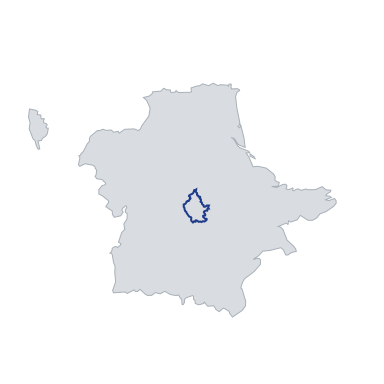 location of Cher within France, rotated 161°
{"feature_id": "FRA-5279", "entity_name": "Cher", "entity_type": "Metropolitan department", "adm_level": 1, "iso_a3": "FRA", "parent_name": "France", "parent_adm1": "", "projection": "mercator", "projection_center": [2.504, 47.022], "detail": "fine", "context": "in_parent", "style": "outline", "palette": "blue", "viewbox_px": 384, "rotation_deg": 161, "n_neighbors": 0, "source": "natural_earth", "source_scale": "10m", "svg_char_len": 6584}
<svg xmlns="http://www.w3.org/2000/svg" viewBox="0 0 384 384"><g transform="rotate(161 192 192)"><path d="M289.4,160.9L287.1,162.2L285.7,164.7L284.3,165.3L281.7,165.3L280.4,163.8L277.3,164.8L276.0,166.4L277.9,168.4L271.7,176.5L267.7,178.6L266.9,183.9L262.2,187.8L260.5,192.0L260.4,192.8L261.5,194.1L261.0,196.8L258.7,198.5L258.7,200.3L259.4,200.5L263.0,199.1L264.3,197.5L263.6,195.4L267.2,192.7L273.7,193.4L274.5,196.9L273.6,199.9L278.3,206.3L274.2,209.3L274.0,211.3L278.1,217.7L280.7,220.3L279.3,224.6L274.9,227.3L272.1,227.1L270.9,227.8L271.1,229.1L273.0,233.0L277.7,235.5L278.5,238.4L277.1,239.4L275.0,243.8L275.9,245.9L275.5,246.9L276.0,248.3L277.3,249.8L283.8,253.5L289.8,252.8L290.5,254.9L286.9,260.6L287.1,263.1L285.2,263.1L284.9,264.0L281.3,265.9L275.4,271.6L272.6,273.2L271.5,276.1L269.9,277.7L261.4,280.9L259.8,280.2L255.7,280.3L253.1,278.2L248.2,276.9L246.6,274.0L242.0,273.4L241.7,271.4L235.2,273.2L226.1,270.5L222.9,267.6L220.3,268.3L217.9,271.0L208.1,277.8L204.3,284.9L205.0,293.2L207.2,297.2L201.3,296.6L197.7,297.8L196.8,299.5L188.4,297.5L185.3,299.2L184.4,299.0L183.3,297.3L179.2,295.4L179.8,294.0L179.2,292.8L175.4,291.9L174.0,293.0L172.5,290.6L161.6,286.9L159.8,287.0L159.1,290.7L152.1,290.6L151.1,289.9L146.6,290.7L141.8,287.2L136.4,287.9L133.1,284.3L129.9,284.1L125.4,282.2L123.4,281.3L123.1,280.2L121.8,281.8L120.1,281.5L119.8,281.0L120.8,279.0L121.1,276.6L115.4,274.9L113.9,273.2L113.9,272.4L116.9,271.6L119.7,268.3L122.3,256.5L124.1,242.5L125.5,239.8L127.3,239.1L125.9,237.1L124.1,239.7L125.2,226.7L127.2,216.8L132.0,220.9L133.1,222.6L134.5,228.5L137.1,230.9L135.4,228.5L133.7,220.7L132.6,218.5L125.1,212.0L124.8,210.5L128.1,211.3L126.8,206.3L126.0,195.9L121.4,194.9L114.0,190.4L109.0,182.4L108.4,179.4L109.7,176.2L108.5,174.2L106.4,172.8L108.0,170.0L109.6,169.7L114.9,171.3L110.5,168.7L103.5,169.6L100.7,168.7L100.2,166.8L102.1,164.3L99.7,162.7L95.7,163.1L95.2,162.5L96.4,160.7L95.4,160.0L92.1,160.7L90.2,160.1L88.5,158.1L83.1,157.7L82.0,156.5L74.6,154.1L67.0,154.6L64.8,150.5L60.1,148.5L61.0,147.2L65.7,146.0L66.6,144.9L63.2,143.2L62.0,141.5L68.3,141.1L65.4,139.3L59.4,139.5L58.6,137.0L59.3,134.5L62.9,132.2L71.7,129.8L78.1,129.7L82.6,126.8L87.1,126.0L91.4,127.4L97.2,134.6L101.7,131.4L108.6,131.5L110.0,133.3L111.8,130.1L113.3,131.9L121.7,131.3L119.8,130.1L118.2,127.0L117.8,115.7L113.5,107.5L112.5,104.5L112.7,101.9L117.7,102.4L121.9,101.2L123.9,102.0L124.4,107.4L126.1,110.4L137.6,111.4L144.3,113.0L149.9,110.0L155.1,108.7L155.5,108.0L152.5,108.3L149.8,107.0L149.4,105.6L150.8,101.4L158.8,96.7L170.6,92.8L173.6,90.2L177.1,85.4L176.3,84.2L176.8,71.2L178.5,66.9L183.0,63.7L194.4,60.6L195.9,64.8L195.8,67.1L198.8,70.8L200.3,72.0L205.3,70.0L207.7,73.4L208.4,77.3L214.4,78.9L216.2,83.9L217.2,82.8L221.0,83.0L222.8,83.4L225.2,85.6L224.5,88.6L225.5,90.0L224.5,92.8L225.2,93.9L232.1,93.9L234.2,92.7L235.1,90.0L237.2,88.3L238.0,88.8L236.7,93.9L237.6,95.3L238.1,98.9L240.7,99.2L245.8,102.1L250.0,106.9L255.3,106.1L259.4,108.8L263.8,107.4L267.8,108.8L269.2,110.2L272.9,116.9L275.9,115.6L277.9,116.4L278.6,118.3L286.3,117.2L287.7,119.0L289.3,119.7L299.0,122.2L299.1,124.7L293.5,131.8L291.0,141.8L289.4,145.3L288.8,147.8L289.2,149.6L288.9,152.3L287.8,158.7L288.4,160.6L289.4,160.9ZM324.1,287.7L323.6,291.5L325.0,294.1L325.4,304.8L322.6,309.9L322.2,316.1L318.6,323.4L313.2,320.2L311.6,318.4L313.1,315.6L309.9,314.0L310.7,311.3L310.3,309.9L308.1,309.8L308.0,309.1L309.6,307.0L309.6,305.7L307.5,304.0L307.1,302.6L309.1,300.9L308.2,299.4L307.1,299.1L309.8,294.2L311.7,292.7L316.0,291.4L317.7,289.6L320.5,290.5L321.0,290.1L321.9,282.3L322.9,282.2L323.8,283.3L324.1,287.7ZM125.4,206.9L124.7,209.2L121.8,205.2L121.5,203.0L125.4,206.9Z" fill="#d9dde1" stroke="#a8b0b8" stroke-width="1"/><path d="M182.5,174.4L180.8,173.9L180.4,173.7L181.4,172.7L181.7,172.0L181.6,171.2L181.9,171.4L182.3,171.4L182.6,171.3L182.9,171.1L183.0,171.0L183.0,170.8L183.0,170.5L183.0,170.2L183.6,169.5L183.7,169.4L184.7,169.8L185.6,169.9L186.5,169.8L187.2,169.4L187.4,169.1L187.4,168.8L186.9,167.4L186.8,166.9L186.8,166.5L186.9,166.1L187.0,165.8L187.2,165.6L187.5,165.5L188.7,165.9L189.2,165.9L189.5,165.2L189.5,164.7L189.4,164.3L189.2,164.0L188.8,163.4L188.4,162.4L188.1,162.1L187.3,162.1L187.0,161.9L187.1,161.1L187.7,160.6L189.1,160.2L189.7,160.1L190.1,160.1L191.1,160.8L191.6,160.9L192.6,160.5L192.9,160.5L193.8,161.4L194.2,161.5L195.2,161.5L195.5,161.7L196.3,163.0L197.0,163.7L197.3,163.9L197.8,163.9L198.0,163.5L198.2,163.0L198.3,162.8L198.7,162.8L199.3,163.4L199.5,163.6L199.9,163.5L200.6,163.1L201.0,162.9L201.1,163.1L201.3,163.5L201.5,164.0L201.9,164.6L202.0,164.8L202.0,165.1L201.9,165.9L201.9,166.0L201.7,166.3L201.7,166.5L201.4,167.1L201.2,167.4L201.0,167.8L201.0,168.0L201.1,168.4L201.2,168.5L201.3,168.6L201.5,168.7L201.7,168.8L201.8,168.9L202.3,169.5L202.7,169.8L202.8,169.9L202.9,170.1L202.9,170.3L203.1,171.3L203.3,171.7L203.5,172.5L203.8,173.3L203.9,173.9L203.9,174.1L203.9,174.3L203.9,174.7L203.9,174.9L203.9,175.2L204.0,175.3L204.4,175.8L204.5,175.8L204.6,176.0L204.6,176.5L204.6,177.2L204.7,177.5L204.7,177.9L204.7,178.2L204.5,178.9L204.3,179.3L204.3,179.5L204.4,179.8L204.6,180.4L204.6,180.5L204.7,180.8L204.6,181.0L204.0,182.1L204.0,182.3L203.9,182.4L203.9,182.9L203.3,183.0L202.8,182.9L202.0,183.1L200.8,183.9L200.7,184.0L200.6,184.3L200.5,184.5L200.3,184.7L200.1,184.7L199.9,184.6L199.7,184.6L199.2,185.0L198.4,184.8L198.3,184.6L198.1,184.5L197.7,184.9L197.2,185.4L196.8,185.7L196.4,185.7L196.2,185.8L196.3,186.3L196.2,186.5L195.6,186.5L195.4,186.6L195.4,186.8L195.5,186.9L195.7,187.2L195.7,187.3L195.6,187.7L195.5,187.9L195.6,188.1L195.7,188.3L196.0,188.6L196.1,188.8L196.2,189.1L196.2,189.3L196.1,189.5L194.5,190.0L193.7,190.0L193.1,190.2L192.8,190.1L192.5,190.2L192.1,190.2L191.0,190.8L190.7,191.3L190.5,191.5L190.4,191.6L190.2,191.6L190.0,191.8L189.9,192.2L189.4,193.0L187.5,192.9L187.2,193.0L187.4,192.5L187.6,192.2L188.1,191.7L188.2,191.4L188.3,191.1L188.3,190.8L188.1,190.1L187.9,189.8L187.7,189.6L187.6,189.2L188.0,188.3L188.1,187.9L188.1,187.5L188.1,187.1L187.9,186.8L187.4,186.6L187.4,186.4L187.3,186.1L187.4,185.9L187.4,185.6L187.2,185.4L187.0,185.2L186.2,185.1L186.0,184.9L185.9,184.7L185.9,184.4L186.1,184.1L186.7,183.6L186.8,183.4L186.7,183.0L186.5,182.8L186.3,182.7L186.1,182.5L186.0,182.1L186.1,181.6L186.3,181.1L186.5,180.8L187.1,180.2L187.1,179.9L186.9,179.6L186.3,179.2L186.1,178.8L186.2,178.4L186.4,177.7L186.4,177.2L186.2,176.9L186.0,176.6L185.6,176.1L185.4,175.9L185.4,175.7L185.6,175.2L185.6,174.9L185.6,174.6L185.5,174.3L185.4,174.1L185.0,174.0L184.0,173.8L183.6,173.9L182.9,174.3L182.5,174.4Z" fill="none" stroke="#1e3a8a" stroke-width="2"/></g></svg>